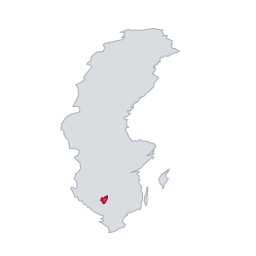 location of Tranemo, Västra Götaland, Sweden, rotated 340°
{"feature_id": "70781695B94862964500573", "entity_name": "Tranemo", "entity_type": "district", "adm_level": 2, "iso_a3": "SWE", "parent_name": "Sweden", "parent_adm1": "Västra Götaland", "projection": "equal_earth", "projection_center": [13.442, 57.51], "detail": "fine", "context": "in_parent", "style": "filled", "palette": "rose", "viewbox_px": 256, "rotation_deg": 340, "n_neighbors": 0, "source": "geoboundaries", "source_scale": "gbopen_adm2", "svg_char_len": 4416}
<svg xmlns="http://www.w3.org/2000/svg" viewBox="0 0 256 256"><g transform="rotate(340 128 128)"><path d="M56.3,165.1L57.3,167.0L59.4,166.8L60.2,165.4L61.3,161.5L60.0,157.1L61.8,155.6L63.0,153.2L65.9,152.5L69.8,149.7L70.1,146.9L71.0,144.8L67.8,138.6L67.6,137.1L72.5,136.3L74.6,132.2L71.2,129.6L66.0,127.1L67.9,119.4L65.7,115.2L66.0,113.5L65.7,110.8L67.0,109.8L64.5,105.9L67.0,103.2L66.5,101.9L73.7,96.6L78.5,95.6L87.2,96.4L89.3,94.3L89.4,93.2L88.5,90.5L83.6,89.0L88.9,84.4L93.1,79.9L93.8,75.5L94.8,73.7L93.7,69.6L99.3,69.1L104.3,67.4L103.5,65.1L114.4,58.3L114.7,57.1L113.8,56.0L111.2,53.9L111.9,53.0L114.8,52.4L116.2,51.5L118.3,48.4L124.2,45.9L130.8,47.6L133.5,44.8L133.2,41.1L135.6,40.7L153.2,43.0L156.1,41.6L153.1,40.9L156.0,39.4L156.8,38.5L157.0,37.4L156.8,36.8L154.3,35.5L159.9,35.3L162.9,35.9L163.2,36.8L175.4,41.1L185.0,42.9L187.8,44.2L188.9,45.6L190.4,45.6L192.3,46.9L194.2,47.7L192.8,48.6L193.0,50.7L193.5,51.7L192.7,53.5L195.9,53.9L196.5,55.0L194.9,56.2L195.2,57.4L199.5,61.2L198.6,62.5L198.4,64.1L196.7,65.2L196.5,66.5L196.9,68.0L197.6,68.8L199.4,69.3L202.6,73.6L199.7,73.8L197.4,73.3L192.1,73.8L190.8,74.4L186.6,72.7L184.3,73.7L182.7,72.9L181.5,74.2L181.3,76.1L179.4,76.0L180.2,76.7L177.6,77.0L177.4,77.3L178.0,77.7L177.2,78.3L173.7,78.5L173.3,79.1L174.3,79.9L174.3,80.4L172.0,79.7L173.7,81.1L174.1,82.1L169.4,86.1L171.1,87.2L172.6,89.5L174.1,90.6L173.5,91.6L168.6,94.2L165.9,98.3L159.6,101.0L156.3,101.7L154.2,103.6L151.6,103.0L151.6,104.1L149.9,103.4L148.6,105.1L146.3,106.6L143.8,106.3L143.5,106.6L144.3,107.0L141.4,107.4L140.6,108.9L138.4,109.3L138.1,109.8L140.3,109.9L139.9,111.2L137.4,111.8L136.5,112.6L135.4,112.6L135.6,112.0L134.0,112.0L133.4,111.3L133.1,111.5L134.3,113.5L133.5,114.3L135.1,115.1L130.6,117.2L127.8,116.4L127.4,117.0L128.1,118.7L130.5,120.1L129.1,121.0L127.7,125.1L128.8,127.6L125.6,127.1L125.9,128.0L124.9,129.1L125.4,130.7L125.1,131.8L125.9,132.8L125.4,133.2L126.1,137.8L127.0,139.8L126.7,141.3L128.1,142.2L130.9,142.4L131.7,143.7L135.2,142.9L137.8,145.5L142.6,147.6L142.4,149.1L145.5,150.1L147.3,152.1L148.1,153.7L147.9,154.7L143.3,157.5L139.7,159.3L136.0,160.5L136.2,160.9L138.1,161.1L142.6,159.8L143.9,160.9L141.5,161.5L141.1,163.1L140.0,164.1L130.1,167.7L128.8,168.9L124.4,170.7L116.3,170.6L115.0,171.0L122.1,171.7L123.8,173.1L120.5,174.0L122.0,177.2L121.2,178.0L121.2,181.6L120.0,181.7L119.5,183.2L120.2,186.8L120.8,187.8L120.6,188.9L118.7,191.4L119.4,194.3L117.3,199.8L114.9,202.9L113.1,207.2L111.0,208.7L108.5,207.8L104.8,208.3L98.0,208.1L97.1,208.5L97.6,210.1L95.2,209.9L90.9,213.2L90.8,214.8L92.5,217.9L90.4,219.9L85.8,219.4L79.7,220.7L74.2,219.7L74.9,218.6L75.4,214.5L69.1,206.1L72.1,207.0L73.3,206.6L71.5,203.9L74.0,203.7L74.7,202.7L74.3,201.2L72.2,200.5L70.5,198.0L68.6,196.8L65.3,191.9L64.1,188.6L63.0,188.9L62.0,185.2L60.2,184.6L59.9,180.8L58.0,180.4L56.8,178.6L56.7,175.4L54.4,174.9L54.7,173.4L54.1,167.6L53.4,165.8L54.0,164.5L55.2,164.4L56.3,165.1ZM150.5,182.8L149.5,183.2L148.9,184.2L147.3,184.8L147.2,188.1L148.7,189.4L147.2,189.9L146.2,191.7L143.5,192.9L142.4,194.0L141.9,195.7L139.6,196.6L141.2,194.1L138.9,191.3L139.4,190.3L139.1,187.0L143.9,182.9L146.1,182.4L147.1,182.9L147.5,181.9L148.3,181.6L150.5,182.8ZM119.7,206.1L118.5,206.9L118.1,205.8L118.2,201.9L120.8,197.2L122.0,196.8L125.1,190.6L125.5,190.2L126.6,190.5L125.8,191.1L125.9,192.2L123.9,195.6L123.4,197.8L122.6,198.3L119.7,206.1ZM151.4,181.5L151.2,182.5L150.0,181.7L151.1,180.7L153.5,180.9L151.4,181.5ZM144.8,157.9L143.3,159.3L143.0,158.8L143.3,158.1L144.8,157.9ZM141.7,165.3L140.9,165.4L141.4,164.4L142.5,164.2L141.7,165.3Z" fill="#d9dde1" stroke="#a8b0b8" stroke-width="1"/><path d="M84.7,186.6L84.7,186.4L84.7,186.2L84.5,185.8L84.6,185.6L84.9,185.4L85.1,185.2L85.2,184.9L84.7,184.8L84.3,184.9L84.1,185.2L83.6,185.3L83.3,185.1L83.0,185.0L82.6,185.1L82.4,185.3L82.2,185.5L81.3,185.8L81.0,185.7L80.6,185.6L80.3,185.7L80.2,185.6L80.0,185.2L79.9,184.9L79.4,185.0L78.9,185.3L78.7,185.3L78.7,185.8L78.3,186.3L78.1,186.5L77.9,186.9L78.3,187.0L78.6,187.0L78.9,186.9L79.3,186.9L79.5,187.0L79.5,187.5L79.4,187.8L79.1,187.9L78.9,188.1L78.9,188.3L79.1,188.6L79.0,188.9L78.9,189.2L79.1,189.5L79.4,189.6L79.4,190.0L79.1,190.4L79.5,190.5L79.9,190.6L79.9,190.4L80.2,190.3L80.7,190.2L80.9,190.0L81.3,189.8L81.5,189.6L81.8,189.5L82.0,189.3L82.2,189.1L82.3,189.0L82.5,188.7L82.8,188.4L83.1,188.1L83.5,187.7L83.8,187.2L84.4,186.9L84.7,186.7L84.7,186.6Z" fill="#f43f5e" stroke="#9f1239" stroke-width="1.5"/></g></svg>